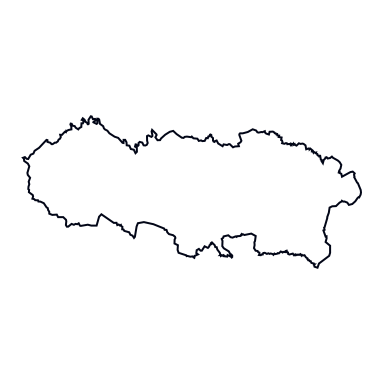 outline of Mae Wong, Nakhon Sawan, Thailand
{"feature_id": "78962969B87976118596438", "entity_name": "Mae Wong", "entity_type": "district", "adm_level": 2, "iso_a3": "THA", "parent_name": "Thailand", "parent_adm1": "Nakhon Sawan", "projection": "natural_earth1", "projection_center": [99.461, 15.832], "detail": "fine", "context": "isolated", "style": "outline", "palette": "ink", "viewbox_px": 384, "rotation_deg": 0, "n_neighbors": 0, "source": "geoboundaries", "source_scale": "gbopen_adm2", "svg_char_len": 6015}
<svg xmlns="http://www.w3.org/2000/svg" viewBox="0 0 384 384"><path d="M80.8,225.9L87.8,224.7L91.3,225.6L96.6,225.6L99.1,216.7L101.4,214.3L113.8,222.9L116.5,222.8L117.3,225.1L118.7,224.5L119.9,225.5L120.9,224.9L121.3,226.1L122.4,226.8L122.2,229.3L123.5,229.5L124.3,230.9L129.2,232.3L130.4,234.8L132.5,235.6L134.0,237.9L134.9,236.8L136.6,226.5L137.9,223.2L143.9,222.1L153.4,224.2L164.1,228.5L164.6,229.8L166.5,229.9L167.3,232.3L169.0,234.1L173.1,235.2L175.0,236.7L175.4,238.0L174.6,239.6L174.5,243.5L177.9,245.2L177.6,249.9L178.6,252.8L186.2,255.3L186.6,256.1L187.4,255.9L190.3,256.7L192.8,256.4L193.4,257.3L194.3,257.8L194.8,255.8L198.0,254.4L196.3,253.1L196.7,250.2L198.9,248.9L200.6,250.7L201.8,250.7L204.6,246.3L207.9,247.9L209.1,246.6L209.6,245.2L211.0,244.3L210.6,244.0L210.8,243.2L211.9,242.4L214.7,245.2L215.3,247.1L216.7,247.2L217.3,249.5L219.8,252.8L220.4,254.8L220.1,255.1L221.0,255.1L221.0,255.9L222.1,255.3L223.0,255.6L223.4,255.1L224.2,255.6L223.9,256.2L227.2,256.6L227.6,255.1L231.0,256.7L231.7,257.5L232.2,257.0L232.2,255.5L231.0,254.3L230.4,254.4L228.8,251.4L223.8,248.3L222.3,246.2L222.5,240.9L221.7,238.9L223.2,237.8L223.6,236.4L228.3,235.3L230.6,237.2L232.6,237.6L235.5,236.4L236.6,236.9L237.0,236.2L240.2,236.0L241.4,234.4L241.7,235.1L242.8,234.2L244.4,235.0L251.3,233.6L255.7,236.0L255.0,241.1L254.4,242.2L254.6,245.1L254.0,248.1L255.6,250.7L257.6,251.0L258.2,252.1L259.4,252.6L259.5,254.0L259.0,255.0L260.8,255.2L262.0,254.3L262.7,254.5L263.3,253.0L264.8,252.8L266.9,253.9L268.3,253.3L269.6,253.9L270.7,253.5L272.8,254.1L273.4,254.8L274.4,253.6L275.1,254.1L277.2,253.7L277.8,253.1L278.8,253.4L280.8,251.5L282.6,252.5L283.1,251.9L285.3,252.1L285.5,251.1L286.7,250.7L287.1,252.3L288.0,252.5L288.2,254.0L289.4,254.5L292.8,253.6L293.9,255.2L295.0,254.5L295.3,255.2L296.1,254.6L296.8,255.1L298.0,254.5L298.9,254.9L300.2,254.2L300.4,254.8L301.4,254.7L301.6,255.5L302.1,255.0L302.7,255.5L304.5,255.2L305.9,257.3L307.6,258.5L307.4,259.1L308.3,260.3L309.2,260.2L309.8,261.2L310.7,261.2L311.4,262.9L313.8,263.5L313.8,264.4L314.5,264.4L314.1,264.8L314.5,266.7L317.5,267.7L319.0,263.5L329.2,255.8L330.1,252.8L330.1,245.7L325.6,242.0L326.6,238.4L326.5,236.3L325.6,236.6L323.4,230.4L324.6,229.8L324.1,227.7L324.6,227.2L327.3,217.9L327.2,217.2L328.8,212.8L329.6,207.6L332.2,206.3L336.0,206.1L339.6,202.6L341.6,201.5L341.9,200.8L343.2,201.6L344.5,201.5L347.3,202.6L348.9,204.9L352.3,204.0L355.3,201.3L357.5,198.1L358.6,197.1L359.2,197.4L360.6,194.7L361.0,192.5L360.7,190.0L357.9,183.2L357.1,182.6L354.2,177.1L354.5,176.5L354.0,174.8L354.7,173.4L352.7,171.6L350.4,172.1L342.0,176.7L341.3,173.8L339.4,172.9L339.6,172.3L338.8,172.3L339.2,170.7L340.5,168.6L341.3,164.9L339.7,162.2L337.8,160.5L333.0,157.8L331.9,156.6L330.1,158.0L327.7,158.5L326.6,157.2L325.5,157.5L325.3,158.4L323.7,160.0L322.9,163.2L321.5,161.0L321.6,159.9L320.8,159.5L320.2,156.0L319.2,156.4L318.9,155.6L318.1,155.6L317.4,155.0L317.3,154.0L315.8,153.3L316.0,152.6L315.3,152.8L313.9,151.9L313.5,152.5L313.3,151.9L312.3,151.6L312.6,151.3L312.1,150.8L312.5,150.4L310.3,148.6L309.7,149.2L309.7,148.6L309.2,148.5L309.0,149.0L308.2,148.6L306.2,149.3L305.5,145.4L303.7,144.0L302.7,143.6L300.4,143.9L298.9,143.3L296.5,145.6L295.1,145.0L294.7,144.1L293.8,144.7L293.5,143.9L293.3,144.3L292.2,143.9L291.8,145.0L290.9,144.0L290.6,144.9L289.8,143.9L287.3,144.2L287.0,143.4L286.0,143.1L284.3,143.8L282.1,143.2L282.5,142.1L282.0,140.5L281.1,140.0L281.6,137.5L278.7,137.0L279.1,135.6L277.4,135.4L277.2,134.1L276.3,134.3L275.8,133.4L274.7,133.2L274.4,132.5L272.9,131.6L269.6,131.8L268.9,134.5L266.2,133.6L265.0,132.5L264.8,131.2L262.4,132.2L261.3,132.0L258.7,132.6L257.4,132.3L256.1,130.5L252.7,129.3L247.8,132.0L242.9,133.3L240.1,133.3L239.4,134.1L239.3,134.9L241.4,140.8L240.5,142.3L238.2,143.7L238.9,146.2L234.9,146.5L233.0,147.3L229.8,144.2L228.9,144.1L227.1,145.0L223.6,144.4L222.6,146.2L218.2,143.5L216.6,140.5L214.7,141.2L214.5,141.9L213.6,141.6L213.0,140.5L213.0,138.1L211.4,136.7L211.3,135.0L210.5,134.5L210.0,134.7L209.3,136.3L208.3,136.5L207.8,138.2L206.2,138.0L204.7,140.9L202.3,141.1L201.1,140.4L198.8,140.9L197.4,138.7L193.4,138.3L191.8,136.6L191.2,137.2L186.9,136.6L184.6,136.9L183.6,137.9L181.8,137.7L176.6,134.1L173.2,130.9L169.8,131.8L165.2,134.7L161.0,138.5L160.1,140.1L157.5,140.2L155.4,137.3L156.6,135.0L156.4,134.3L152.1,129.9L151.6,131.5L152.4,135.0L152.3,136.2L151.4,136.9L148.3,135.4L147.0,136.1L147.1,140.7L147.7,143.0L146.7,144.9L145.3,145.5L143.6,145.3L142.3,142.6L139.7,141.9L138.5,143.1L138.6,145.1L138.1,145.8L137.4,145.9L136.3,144.5L135.6,144.4L135.0,146.6L136.8,147.6L136.9,151.8L135.5,153.2L133.8,149.7L130.8,149.0L129.4,145.7L126.7,145.3L126.5,142.3L125.2,139.9L123.6,139.9L123.5,143.0L122.5,142.8L118.2,137.9L114.6,136.7L109.4,133.3L107.4,130.7L104.9,129.4L103.9,128.3L103.2,126.2L100.0,123.9L99.2,119.6L98.5,118.8L97.4,118.7L97.4,123.3L96.6,123.9L93.4,122.3L93.6,121.7L95.4,120.7L95.6,119.4L95.1,118.9L92.9,119.1L91.7,116.5L90.8,116.3L88.5,119.8L88.7,123.8L88.3,124.2L87.7,124.2L87.2,122.9L85.6,121.9L84.5,119.7L82.8,118.3L81.8,119.9L83.0,120.3L83.5,122.0L82.9,123.3L81.5,123.3L81.3,127.0L79.2,128.2L78.3,129.4L75.7,127.7L74.7,126.1L72.6,125.7L71.7,123.8L70.7,123.6L70.4,124.5L71.3,126.5L71.4,129.4L68.4,130.0L66.7,131.0L66.2,130.8L65.9,132.2L64.8,131.8L61.9,134.9L60.2,134.8L60.8,137.0L60.0,138.7L58.6,139.6L57.8,141.4L56.0,142.7L54.9,142.6L52.7,144.1L51.5,144.1L50.4,142.8L47.5,141.9L47.4,140.1L46.5,139.9L39.1,147.8L34.6,150.8L33.4,153.6L30.7,154.7L28.2,159.0L26.6,158.8L24.9,157.1L23.0,157.8L23.9,158.7L24.2,161.0L27.9,163.6L29.3,166.3L27.4,172.9L27.8,174.9L30.1,177.8L28.7,181.7L29.3,184.2L28.5,186.6L28.3,189.1L29.1,189.9L28.9,192.2L32.8,195.1L33.1,196.5L32.4,198.7L34.3,199.2L35.2,200.2L38.0,200.3L38.4,201.5L40.4,201.6L43.8,203.2L46.6,207.4L47.7,208.0L48.2,210.2L49.2,211.6L49.3,213.7L52.3,214.9L56.8,214.6L58.1,217.1L63.2,217.1L66.0,219.8L66.3,221.3L65.9,225.0L66.9,226.7L68.1,226.7L71.6,223.9L73.9,224.8L75.5,223.9L77.3,224.2L78.7,223.3L79.9,225.6L80.8,225.9Z" fill="none" stroke="#020617" stroke-width="2"/></svg>